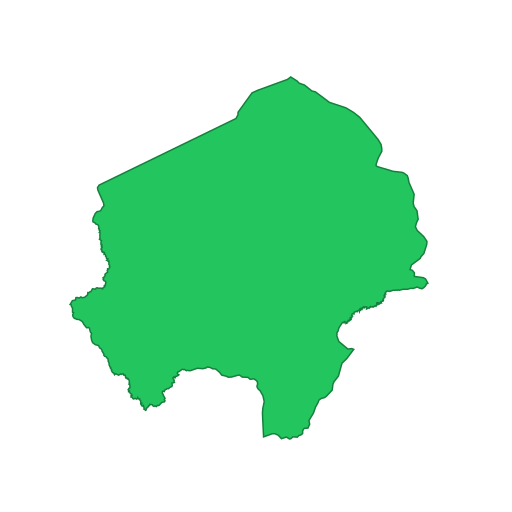 the district of Chipangali, Eastern, Zambia, rotated 288°
{"feature_id": "96606910B61559073197846", "entity_name": "Chipangali", "entity_type": "district", "adm_level": 2, "iso_a3": "ZMB", "parent_name": "Zambia", "parent_adm1": "Eastern", "projection": "albers", "projection_center": [32.482, -13.317], "detail": "fine", "context": "isolated", "style": "filled", "palette": "green", "viewbox_px": 512, "rotation_deg": 288, "n_neighbors": 0, "source": "geoboundaries", "source_scale": "gbopen_adm2", "svg_char_len": 6053}
<svg xmlns="http://www.w3.org/2000/svg" viewBox="0 0 512 512"><g transform="rotate(288 256 256)"><path d="M433.6,231.3L414.3,206.6L409.9,201.8L387.2,194.5L384.8,195.2L380.6,194.5L275.0,84.9L272.1,84.1L270.0,85.1L259.2,94.7L256.6,95.9L254.7,94.9L251.2,94.3L250.0,93.0L249.2,91.2L246.8,90.0L241.8,89.4L238.7,90.0L238.0,90.6L237.9,92.3L236.9,93.8L236.9,95.7L236.4,96.7L234.1,97.9L233.4,97.9L233.5,98.5L232.1,98.9L231.8,99.9L230.0,99.7L230.1,100.2L229.6,100.7L228.4,100.8L224.4,102.2L223.6,101.9L222.7,104.4L221.5,104.2L219.3,104.9L219.3,105.7L218.6,105.5L218.4,106.1L217.4,106.0L217.4,106.6L216.7,107.0L216.4,106.6L215.5,106.9L215.3,106.4L214.2,106.7L213.8,107.8L212.9,107.9L212.7,108.9L212.2,108.8L212.1,109.8L212.5,110.7L210.6,111.0L211.0,111.9L209.9,113.0L209.3,113.0L209.0,113.7L207.2,114.8L207.6,116.0L205.9,116.2L205.7,115.8L205.3,117.2L205.6,117.7L202.5,118.7L202.0,119.6L200.8,119.8L200.4,120.4L198.2,119.9L198.0,118.9L197.2,119.3L196.4,118.9L194.8,119.9L192.6,118.3L191.8,118.0L190.9,118.5L189.6,118.4L188.2,117.3L187.8,117.9L186.9,117.7L186.6,118.2L186.2,118.1L185.5,119.1L185.4,120.7L183.8,121.6L182.8,121.4L181.5,121.8L181.0,120.9L179.9,121.6L178.8,120.4L177.3,120.3L177.6,118.7L176.7,116.3L176.7,114.9L176.3,114.0L174.9,113.6L174.3,110.6L171.2,110.0L170.3,108.8L169.4,108.4L169.3,107.4L167.0,107.8L163.9,105.9L162.6,103.6L163.0,102.1L161.2,100.6L161.4,99.2L160.8,97.6L158.4,97.9L156.8,95.2L152.5,94.2L152.6,95.2L151.3,95.9L149.7,97.6L145.8,98.9L145.6,100.1L143.5,99.8L141.8,100.7L140.5,102.6L140.7,103.7L140.3,104.8L140.9,107.3L140.0,111.1L137.7,113.5L135.6,116.7L135.4,117.3L136.3,118.8L136.0,119.7L132.5,122.0L131.6,123.5L128.7,123.8L125.3,125.6L123.1,127.4L122.0,130.6L122.2,133.9L120.2,135.8L120.0,137.1L119.0,138.5L117.9,139.0L115.8,141.6L114.5,142.0L114.0,142.8L113.8,144.9L113.0,145.6L112.6,146.9L110.0,148.1L108.6,149.5L107.3,149.8L105.3,151.5L105.0,152.3L104.4,152.2L103.2,153.9L102.4,153.9L100.8,155.7L100.9,156.7L99.4,158.1L100.4,158.5L100.3,159.0L100.7,159.4L100.2,162.2L102.1,163.8L101.8,164.6L102.9,166.1L102.6,166.8L101.9,167.0L102.1,168.6L99.8,169.7L100.1,170.9L99.5,171.1L99.3,171.7L99.9,172.2L98.1,174.2L96.7,174.4L95.9,175.1L94.9,174.7L94.5,175.8L91.7,176.9L91.2,176.2L89.4,175.7L88.5,176.5L87.5,176.8L87.6,177.3L88.2,177.4L86.3,179.0L86.2,180.2L85.3,181.1L84.6,180.3L83.2,180.8L83.5,181.7L82.3,183.2L82.2,183.9L83.3,185.0L83.0,186.6L83.8,187.2L84.8,187.3L83.8,188.1L84.2,189.4L83.4,189.5L82.8,190.9L80.8,191.8L80.7,192.9L80.0,192.9L79.8,192.1L79.4,192.3L78.1,194.1L79.0,195.1L77.9,195.5L77.5,196.3L75.7,196.8L75.9,197.8L75.0,198.5L75.2,198.9L77.7,199.1L79.5,200.2L80.2,200.0L80.8,200.8L82.1,200.8L82.0,201.8L82.5,202.5L82.5,203.4L81.7,204.2L81.4,205.5L82.1,206.0L82.0,207.8L83.4,208.3L83.5,209.2L84.3,210.1L87.8,211.8L89.0,214.0L90.2,214.2L91.2,213.1L92.5,213.5L95.0,210.8L95.7,210.5L96.3,209.5L98.0,208.9L98.8,209.4L98.7,210.6L100.8,210.9L101.4,211.8L102.4,212.3L102.7,213.7L105.0,215.1L105.7,216.3L107.0,216.4L109.1,215.3L110.5,217.5L111.2,216.8L112.5,216.6L114.0,214.8L114.6,214.7L115.8,215.5L115.1,216.6L116.8,216.9L117.1,217.7L118.8,219.3L119.3,219.3L119.4,218.1L120.2,217.3L121.6,217.5L121.9,218.2L125.6,221.0L125.5,222.2L126.0,223.0L125.4,225.1L126.0,226.1L126.5,228.8L131.1,234.9L132.4,240.3L134.1,243.1L135.4,243.9L135.8,246.8L135.3,249.9L135.9,251.1L135.9,253.0L134.1,257.4L132.1,260.2L132.5,265.0L132.1,266.9L133.3,270.1L137.4,276.3L137.6,277.2L136.6,280.4L138.1,286.0L136.9,288.5L138.5,291.9L137.9,294.2L137.0,296.0L134.8,297.1L132.8,297.1L131.8,297.4L130.3,299.0L129.0,301.7L125.2,305.8L120.1,308.8L113.0,309.6L108.5,310.7L86.3,319.1L91.9,326.3L92.4,327.6L92.8,329.0L92.4,332.6L90.1,336.7L93.2,340.9L92.3,344.4L93.0,345.6L95.4,347.0L96.5,351.3L98.5,352.3L99.9,354.2L101.5,355.2L104.3,354.4L106.3,354.8L107.1,355.4L108.4,358.6L112.7,359.0L115.9,357.2L124.4,359.2L130.5,359.3L135.8,360.3L138.4,360.4L140.6,362.0L142.6,365.0L144.4,366.3L151.9,369.9L157.9,368.8L160.6,369.1L167.3,371.5L180.5,370.9L186.4,374.0L197.4,377.8L197.5,375.5L195.9,372.2L200.3,361.2L205.3,357.3L206.6,357.3L207.8,356.6L209.6,357.2L213.6,357.1L219.5,358.8L219.7,360.5L220.9,360.2L221.1,360.8L220.4,362.3L219.6,362.4L220.1,363.2L220.8,362.8L221.5,363.5L221.6,363.2L222.5,363.5L222.8,364.3L223.2,363.9L223.4,364.7L224.0,365.1L224.3,364.9L224.3,365.7L225.1,366.1L225.4,366.1L225.3,365.1L226.0,365.4L226.6,364.8L227.2,366.1L228.1,365.9L228.7,366.4L229.3,365.2L231.0,365.6L231.1,367.1L232.9,366.8L234.3,368.6L234.3,369.4L235.1,369.4L236.3,370.6L235.3,371.4L236.0,371.3L236.3,371.8L236.7,371.4L237.4,372.6L237.5,371.7L238.0,371.3L238.4,372.4L238.8,372.2L239.0,373.5L239.9,373.5L240.1,374.5L240.9,374.1L241.2,375.1L240.8,375.4L241.4,375.6L241.8,377.0L239.8,377.5L241.6,379.4L241.4,379.8L242.7,380.6L242.9,380.2L243.4,380.4L243.3,382.1L243.6,382.8L244.0,382.6L244.2,383.2L243.9,383.6L245.5,384.6L245.2,385.6L246.4,385.9L247.1,385.6L246.7,386.1L247.2,386.5L247.8,386.3L247.7,385.7L248.7,385.3L249.4,386.4L249.2,387.0L248.4,387.0L248.0,387.6L248.9,387.9L248.8,388.3L249.3,388.3L249.5,388.8L249.8,388.6L250.1,389.7L251.0,388.9L252.1,390.3L252.6,390.3L252.7,390.9L253.7,390.8L253.8,390.3L255.3,390.5L256.7,391.4L257.3,391.2L257.0,391.0L257.7,390.1L258.8,390.3L258.9,390.7L260.2,390.4L260.2,390.9L260.9,390.3L263.1,391.3L263.7,394.2L265.8,397.0L266.3,398.8L267.0,399.7L266.9,400.6L267.8,401.9L267.6,402.7L269.8,406.1L271.2,410.4L273.2,413.4L273.6,415.4L276.4,419.0L276.0,421.1L276.1,423.9L277.6,425.3L280.3,426.6L281.9,426.6L283.2,427.9L286.6,424.3L287.1,421.8L285.5,412.9L289.0,411.8L290.7,409.1L290.7,406.7L295.5,406.6L304.4,412.9L306.2,413.1L310.3,414.9L319.8,414.8L322.7,414.1L326.3,409.5L330.1,401.4L333.2,398.5L337.8,398.4L341.0,398.9L348.8,395.1L351.8,391.1L354.8,389.2L363.6,387.3L373.3,378.7L377.0,376.7L379.2,375.0L380.5,371.2L380.7,369.0L378.9,360.2L378.5,343.7L379.1,342.3L380.5,341.9L387.0,342.0L394.5,343.3L397.3,342.3L400.7,340.5L404.4,336.3L419.9,311.9L422.7,304.4L424.7,295.7L424.8,278.4L430.5,261.7L430.2,258.2L433.6,249.2L433.7,243.6L435.1,241.1L437.0,233.7L433.6,231.3Z" fill="#22c55e" stroke="#15803d" stroke-width="1.5"/></g></svg>